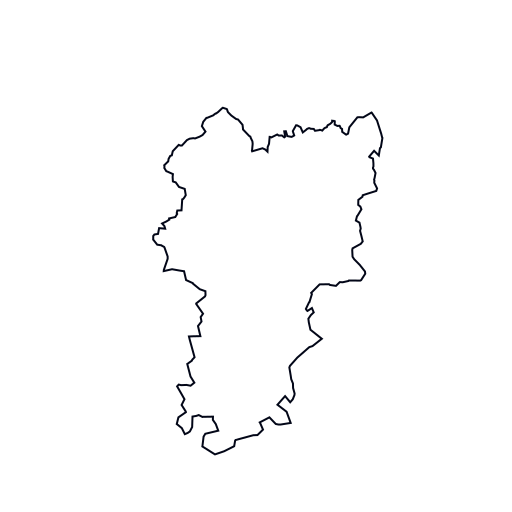 Zangon Kataf, Kaduna, Nigeria (Mercator projection), rotated 218°
{"feature_id": "59680162B76884691739548", "entity_name": "Zangon Kataf", "entity_type": "district", "adm_level": 2, "iso_a3": "NGA", "parent_name": "Nigeria", "parent_adm1": "Kaduna", "projection": "mercator", "projection_center": [8.252, 9.897], "detail": "fine", "context": "isolated", "style": "outline", "palette": "ink", "viewbox_px": 512, "rotation_deg": 218, "n_neighbors": 0, "source": "geoboundaries", "source_scale": "gbopen_adm2", "svg_char_len": 4373}
<svg xmlns="http://www.w3.org/2000/svg" viewBox="0 0 512 512"><g transform="rotate(218 256 256)"><path d="M292.5,389.7L293.1,389.2L294.0,387.6L294.2,386.2L294.3,385.8L295.2,382.2L300.2,384.9L303.9,384.3L304.9,383.7L303.9,377.2L303.7,376.9L300.1,374.5L300.9,372.5L301.4,371.7L305.1,369.8L309.3,372.7L310.5,371.6L306.5,368.0L306.8,366.9L309.8,366.9L312.3,364.9L314.1,364.8L316.9,358.9L318.3,358.5L318.6,358.3L314.8,352.4L313.9,349.1L311.2,345.3L314.3,345.6L317.2,344.9L323.5,336.1L324.1,336.5L324.2,336.8L324.4,337.2L327.4,341.9L328.1,342.8L329.5,344.2L332.6,345.7L334.0,346.6L335.2,346.4L344.1,347.7L345.0,348.7L347.4,351.1L354.2,352.5L356.0,351.7L361.9,351.5L366.6,352.1L367.4,352.5L368.5,353.3L369.1,353.6L369.5,353.8L370.1,353.6L373.4,352.4L373.7,351.4L374.5,346.1L375.2,343.7L375.6,343.4L376.1,341.7L376.2,340.7L379.6,334.7L380.1,334.3L380.2,329.3L378.6,325.0L372.4,322.9L372.6,318.4L373.9,315.3L376.4,311.1L377.9,310.3L380.5,307.6L381.8,304.8L382.4,297.4L383.7,296.4L385.3,296.0L386.1,287.5L386.1,287.3L384.3,283.5L385.2,282.1L384.7,278.8L383.4,276.4L383.5,276.2L384.0,272.3L384.2,271.0L383.5,270.5L382.4,268.9L378.9,267.6L377.7,268.0L371.9,269.4L370.4,267.0L367.5,263.7L367.4,263.7L367.2,263.6L364.6,264.6L359.2,263.0L353.5,265.0L348.8,260.7L348.5,258.1L348.5,256.8L348.5,256.3L348.6,255.8L349.0,255.2L342.8,246.1L346.0,243.4L344.9,241.0L344.0,240.6L343.6,237.0L347.6,232.1L346.7,231.3L347.9,228.0L350.0,223.8L346.6,223.2L344.4,221.6L349.5,218.3L346.8,213.1L349.3,210.4L349.3,208.5L347.2,205.8L347.1,205.6L346.5,205.5L340.8,204.1L337.1,206.2L336.8,206.1L334.0,206.6L333.4,206.4L325.3,201.2L323.9,199.4L323.6,198.6L320.1,188.4L319.4,187.3L314.0,193.9L307.6,197.3L303.3,199.7L296.3,194.0L289.1,195.7L288.6,195.4L279.9,195.2L274.2,197.1L271.7,194.1L271.3,192.8L273.9,181.8L273.6,181.4L262.2,177.9L262.0,173.8L258.6,170.8L258.6,165.1L250.5,158.6L256.5,153.7L259.3,151.3L256.5,149.1L253.0,146.5L242.1,138.4L242.2,136.8L242.4,135.1L242.1,134.0L243.7,128.6L233.4,120.7L226.6,118.2L227.7,113.5L231.4,111.6L234.1,109.3L235.5,108.1L237.7,107.1L237.8,106.1L237.9,104.7L229.5,101.3L224.2,99.1L222.9,92.8L215.6,90.2L215.1,89.8L217.8,81.1L216.2,77.5L215.0,74.8L213.5,74.8L208.5,74.7L202.4,71.8L200.9,74.5L200.1,77.0L201.0,81.9L207.2,90.4L204.7,93.1L203.2,95.4L199.1,96.2L198.8,96.6L191.0,102.9L189.1,100.3L184.2,98.8L178.2,95.1L186.5,84.7L186.1,81.4L181.1,73.1L181.0,72.9L166.2,74.4L160.9,82.5L156.1,92.7L158.8,97.7L158.8,98.4L147.8,113.1L144.6,115.8L143.6,123.5L150.0,127.0L150.6,127.2L146.1,137.1L137.0,135.8L134.4,137.1L132.8,138.4L125.9,145.8L136.0,152.1L147.5,152.0L147.0,160.6L146.8,163.5L142.6,162.6L139.0,161.8L138.8,165.7L140.1,170.1L140.9,171.4L145.5,174.8L148.4,178.3L152.4,180.6L154.9,183.0L161.1,188.7L161.6,190.3L160.9,201.4L157.9,217.0L156.0,219.8L153.2,231.3L167.7,231.4L173.5,236.2L176.1,238.8L176.4,243.1L175.8,247.1L179.9,249.4L181.6,244.4L182.4,244.4L184.1,245.0L185.7,252.2L185.5,252.6L188.5,260.4L189.8,260.9L188.4,272.8L181.1,278.7L179.9,278.7L174.6,281.7L173.9,287.0L171.5,288.7L167.8,293.2L167.7,293.9L158.7,300.8L158.3,301.7L159.0,309.3L160.6,310.9L168.1,312.7L168.3,312.8L176.6,313.9L179.3,314.8L179.5,314.9L183.9,320.0L184.6,321.5L180.9,330.1L180.9,333.2L185.3,336.7L189.5,339.9L190.4,342.1L191.8,343.4L192.2,343.7L195.0,346.0L199.1,345.4L200.9,349.5L200.8,350.2L201.7,357.7L204.2,359.2L206.9,359.2L209.9,363.2L208.6,368.2L209.3,369.6L206.0,374.5L201.3,381.3L202.2,383.8L204.7,385.0L206.8,386.0L207.7,386.4L208.3,387.0L209.0,388.2L209.9,388.8L210.7,390.7L212.9,395.0L216.0,396.5L217.6,396.9L218.2,397.6L218.6,398.9L220.6,401.4L223.8,404.8L227.4,403.7L228.0,404.0L227.7,411.6L221.1,410.8L224.7,417.3L224.5,418.5L229.1,426.9L229.5,427.0L230.0,427.4L232.7,429.5L236.8,432.3L244.1,437.3L253.1,440.2L253.3,440.2L256.7,431.7L256.9,431.2L260.2,428.9L261.5,427.7L261.7,414.9L258.8,409.1L259.4,407.7L259.7,407.1L264.5,406.9L266.4,409.1L268.0,408.9L270.2,410.1L270.3,410.1L271.9,408.6L274.9,408.0L276.9,410.7L277.9,410.4L278.6,409.8L279.3,409.5L279.2,409.3L279.1,409.2L278.9,409.1L278.6,408.9L278.5,408.6L278.6,407.5L278.7,406.9L278.8,406.6L278.8,406.3L278.9,405.8L279.1,405.3L279.2,405.1L279.5,404.3L279.6,404.2L279.7,403.8L279.8,403.6L280.0,403.3L280.0,402.8L279.6,401.4L279.5,401.1L280.4,399.7L280.8,398.7L281.0,395.6L282.1,395.3L283.4,394.7L283.6,394.2L286.6,391.0L288.7,391.7L291.3,389.9L292.5,389.7Z" fill="none" stroke="#020617" stroke-width="2"/></g></svg>